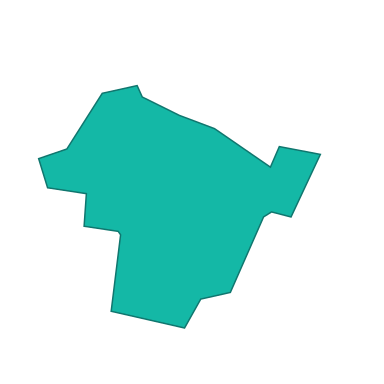 Lynchburg, Virginia, United States of America (orthographic projection), rotated 339°
{"feature_id": "52423323B93399406998966", "entity_name": "Lynchburg", "entity_type": "district", "adm_level": 2, "iso_a3": "USA", "parent_name": "United States of America", "parent_adm1": "Virginia", "projection": "orthographic", "projection_center": [-79.19, 37.401], "detail": "fine", "context": "isolated", "style": "filled", "palette": "teal", "viewbox_px": 384, "rotation_deg": 339, "n_neighbors": 0, "source": "geoboundaries", "source_scale": "gbopen_adm2", "svg_char_len": 437}
<svg xmlns="http://www.w3.org/2000/svg" viewBox="0 0 384 384"><g transform="rotate(339 192 192)"><path d="M178.9,73.0L143.6,67.7L90.6,107.0L60.8,105.9L58.7,136.3L92.8,155.7L79.0,185.3L109.0,202.3L110.0,206.4L73.8,274.4L136.3,316.3L161.8,295.1L191.8,299.5L249.9,240.9L259.1,239.1L275.5,250.8L325.3,202.9L289.8,180.9L274.1,196.9L235.8,141.0L207.6,115.9L179.6,85.5L178.9,73.0Z" fill="#14b8a6" stroke="#0f766e" stroke-width="1.5"/></g></svg>